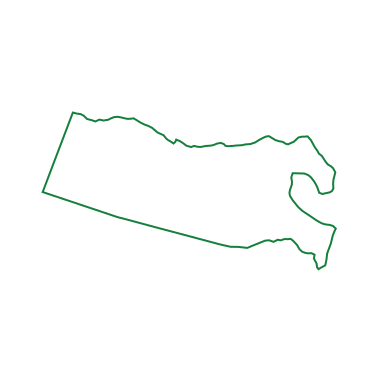 Santa Cruz de Monte Castelo, Paraná, Brazil, rotated 253°
{"feature_id": "56859067B19396255459942", "entity_name": "Santa Cruz de Monte Castelo", "entity_type": "district", "adm_level": 2, "iso_a3": "BRA", "parent_name": "Brazil", "parent_adm1": "Paraná", "projection": "albers", "projection_center": [-53.375, -23.082], "detail": "fine", "context": "isolated", "style": "outline", "palette": "green", "viewbox_px": 384, "rotation_deg": 253, "n_neighbors": 0, "source": "geoboundaries", "source_scale": "gbopen_adm2", "svg_char_len": 1964}
<svg xmlns="http://www.w3.org/2000/svg" viewBox="0 0 384 384"><g transform="rotate(253 192 192)"><path d="M211.4,318.8L212.1,315.5L212.8,313.1L213.0,309.7L210.2,303.8L209.9,300.4L209.5,297.8L210.9,295.5L213.4,293.5L215.1,290.1L217.3,286.9L222.9,281.9L223.4,279.2L223.0,275.7L222.2,271.6L220.9,266.8L220.8,261.8L221.9,256.9L222.1,253.7L223.5,248.0L224.2,244.2L225.3,239.6L226.4,237.5L228.6,236.4L230.5,233.9L231.0,230.3L230.6,226.4L230.9,223.3L232.0,218.6L232.5,213.5L233.6,210.6L235.5,207.4L235.2,204.4L236.7,202.0L238.2,199.9L241.0,198.0L244.2,195.3L246.7,192.2L244.8,190.7L243.8,188.5L246.1,186.7L248.7,184.3L250.6,183.0L254.6,181.4L258.9,176.5L265.0,172.6L268.0,169.5L270.2,166.5L273.9,162.6L276.4,160.5L279.5,157.7L280.1,154.3L280.7,151.9L282.3,148.9L284.0,146.1L285.7,142.8L286.4,139.2L286.1,136.0L285.6,133.0L286.2,128.4L288.3,124.6L287.7,120.3L290.0,117.1L292.5,113.0L296.7,110.7L299.1,108.2L300.7,104.7L302.8,101.3L260.3,68.3L235.6,49.2L189.5,113.8L186.9,118.2L166.4,150.9L159.9,161.4L134.1,202.8L132.8,205.0L128.3,212.9L126.1,219.9L122.4,228.5L123.2,237.2L124.1,247.6L123.3,251.6L120.5,255.4L121.3,260.0L119.8,262.8L120.0,266.5L119.0,269.6L118.2,272.8L115.3,274.7L110.6,277.0L106.0,278.0L102.8,279.8L100.9,282.2L99.4,285.0L98.6,288.3L96.2,290.9L92.7,289.1L87.4,290.2L83.5,289.6L81.2,290.4L82.0,293.3L82.9,298.0L88.0,300.8L93.3,303.1L95.2,304.4L102.1,309.7L109.2,313.9L112.0,316.1L115.0,318.8L118.2,317.0L120.2,314.2L122.1,309.9L124.2,306.8L128.3,302.9L136.4,296.4L141.3,292.3L145.9,289.5L148.1,288.5L154.9,285.8L159.7,284.6L162.6,284.9L165.3,286.3L169.8,289.6L172.6,290.6L176.9,291.2L180.5,293.8L178.6,299.6L176.8,304.9L174.1,308.2L171.1,310.1L166.6,311.8L163.1,312.7L159.8,313.2L154.1,313.4L152.0,316.1L151.4,323.7L152.0,326.1L153.9,328.2L158.7,329.4L162.3,330.8L168.9,334.8L173.4,333.9L176.0,332.4L178.4,330.1L181.3,328.8L188.8,326.6L191.5,324.6L194.9,323.9L198.7,322.6L206.8,320.9L211.4,318.8Z" fill="none" stroke="#15803d" stroke-width="2"/></g></svg>